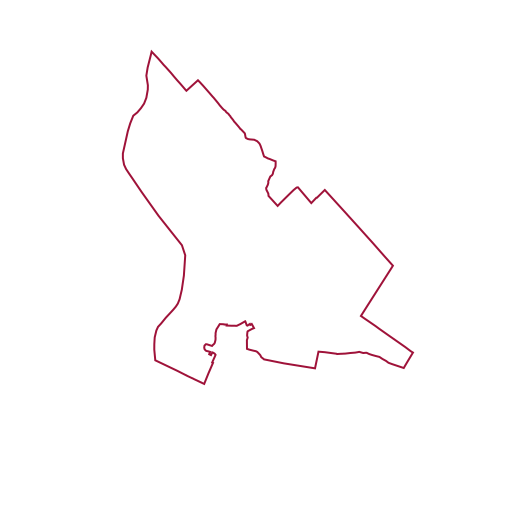 Crivat, Giurgiu, Romania, rotated 296°
{"feature_id": "2599482B25594026358369", "entity_name": "Crivat", "entity_type": "district", "adm_level": 2, "iso_a3": "ROU", "parent_name": "Romania", "parent_adm1": "Giurgiu", "projection": "natural_earth1", "projection_center": [26.439, 44.187], "detail": "fine", "context": "isolated", "style": "outline", "palette": "rose", "viewbox_px": 512, "rotation_deg": 296, "n_neighbors": 0, "source": "geoboundaries", "source_scale": "gbopen_adm2", "svg_char_len": 3812}
<svg xmlns="http://www.w3.org/2000/svg" viewBox="0 0 512 512"><g transform="rotate(296 256 256)"><path d="M307.6,382.6L308.4,380.6L311.9,372.0L314.4,366.0L317.5,358.6L318.6,356.0L321.7,348.3L325.4,339.2L335.4,314.3L345.5,288.9L335.0,285.2L334.8,284.7L327.8,282.5L336.1,263.6L335.7,263.0L335.4,262.6L334.9,262.3L331.8,260.9L326.0,258.8L315.5,255.1L312.4,254.1L310.5,253.5L315.5,240.9L315.9,240.7L317.5,239.7L318.5,238.4L320.0,236.4L320.9,235.7L321.7,235.3L322.3,235.4L325.2,235.4L327.2,235.0L328.6,234.2L333.7,234.0L335.7,235.0L337.1,235.1L338.1,234.9L339.0,234.6L342.0,234.3L343.8,234.5L345.3,234.2L348.0,233.0L349.7,232.1L349.4,229.5L349.2,226.0L348.9,223.8L349.0,222.2L349.0,220.6L349.0,219.6L350.5,218.1L353.4,215.4L357.2,211.6L358.6,209.8L359.7,206.8L359.7,203.4L358.1,199.3L357.6,197.5L357.6,196.6L357.6,195.9L357.7,195.1L358.0,194.7L359.2,193.8L360.3,193.0L361.1,192.4L361.4,192.0L361.9,190.7L363.3,186.9L363.3,186.3L363.7,185.6L364.7,183.5L366.6,179.1L367.3,177.3L368.0,176.2L368.8,174.6L369.7,172.6L370.0,172.1L370.3,171.8L370.5,171.3L370.9,170.3L371.7,168.8L371.8,168.2L372.0,167.2L372.3,166.1L372.6,165.6L373.0,165.0L373.2,163.8L373.3,163.0L373.7,161.8L374.2,160.5L374.6,159.5L375.0,158.7L375.3,157.8L376.6,155.3L379.8,148.3L380.1,147.4L382.8,141.1L385.9,133.7L386.9,131.1L387.4,129.9L388.5,126.8L374.0,121.0L374.1,120.7L374.8,119.0L375.3,117.9L377.8,112.1L379.4,108.1L381.3,103.7L383.3,99.3L385.5,93.9L386.2,92.2L387.3,89.2L390.1,82.7L390.8,81.0L392.2,77.2L393.9,72.6L392.6,72.9L391.7,73.1L390.4,73.4L377.9,76.0L373.9,77.2L370.0,78.4L362.0,84.0L358.1,85.8L350.1,88.1L343.9,88.6L338.5,87.8L333.0,86.4L328.3,84.2L320.1,84.8L311.9,86.1L289.8,91.4L285.5,93.5L280.2,97.4L277.2,101.1L274.5,105.7L271.9,110.3L263.4,125.1L249.4,150.8L240.2,170.0L233.2,184.7L225.6,192.1L212.6,197.4L206.7,199.8L194.1,203.8L193.2,204.1L192.3,204.3L185.7,205.8L184.0,206.2L183.2,206.3L179.0,206.6L178.1,206.5L175.2,206.1L172.0,205.3L170.9,205.0L161.0,202.0L153.7,200.3L149.4,199.0L145.4,199.1L138.6,200.6L136.6,201.4L132.3,203.2L127.3,205.6L121.7,209.0L120.9,209.5L118.1,211.2L118.3,235.7L118.1,247.1L118.3,265.5L129.7,264.7L141.1,264.2L141.1,263.3L143.7,263.2L147.6,263.1L148.8,263.0L149.4,263.0L149.6,262.7L149.9,262.1L150.2,261.3L150.2,260.8L150.3,259.7L150.2,259.0L147.2,259.0L147.2,257.0L149.7,256.8L149.4,255.0L148.9,252.8L149.2,251.7L149.8,250.5L151.0,249.6L152.2,249.2L152.9,249.0L154.7,249.6L155.1,250.5L155.9,255.9L157.3,256.3L158.7,256.9L159.9,257.0L161.3,256.7L162.7,256.4L163.5,256.1L164.8,255.5L166.3,254.6L167.3,254.3L168.5,253.7L169.2,253.4L172.7,252.6L176.1,253.0L178.4,253.2L178.9,253.3L179.0,253.6L180.1,255.9L180.6,257.3L180.5,257.5L181.6,259.8L180.6,260.1L182.7,264.8L184.0,267.5L184.8,269.3L188.0,271.8L192.6,274.9L192.5,275.1L189.9,277.8L189.7,278.0L189.6,278.4L189.6,278.7L189.7,278.9L190.3,279.2L191.0,279.6L191.7,279.9L192.0,280.2L192.2,280.3L191.9,280.7L191.6,281.1L192.1,281.5L192.6,281.8L192.8,281.9L193.0,282.0L191.7,283.9L190.3,285.8L190.2,285.7L189.3,284.9L188.2,284.0L184.8,281.6L184.4,281.5L184.0,281.6L182.0,282.3L181.3,282.6L180.6,282.9L180.1,283.3L179.0,284.3L176.4,284.7L173.8,286.0L168.6,288.6L168.9,291.0L169.8,295.3L170.3,297.3L170.4,298.2L170.3,299.3L169.1,302.5L168.7,303.4L167.4,305.1L166.8,307.9L166.6,308.5L171.7,328.0L180.9,358.3L184.8,357.3L197.4,354.1L199.7,360.0L203.4,371.1L203.4,371.8L205.0,374.6L207.4,379.0L210.1,383.2L212.7,387.6L214.3,389.8L215.1,390.8L215.5,393.2L215.8,394.9L217.2,397.2L217.5,397.9L217.5,400.6L217.9,403.6L218.6,407.4L219.4,411.2L218.9,414.7L218.7,418.9L218.1,421.9L218.5,425.8L220.1,437.9L222.9,438.1L229.0,438.6L238.0,439.4L238.1,438.3L238.2,437.2L238.6,435.1L239.6,430.0L242.6,411.0L244.6,398.6L245.4,394.3L246.8,385.0L247.3,381.5L248.1,376.6L259.8,377.9L305.2,383.1L307.3,383.3L307.6,382.6Z" fill="none" stroke="#9f1239" stroke-width="2"/></g></svg>